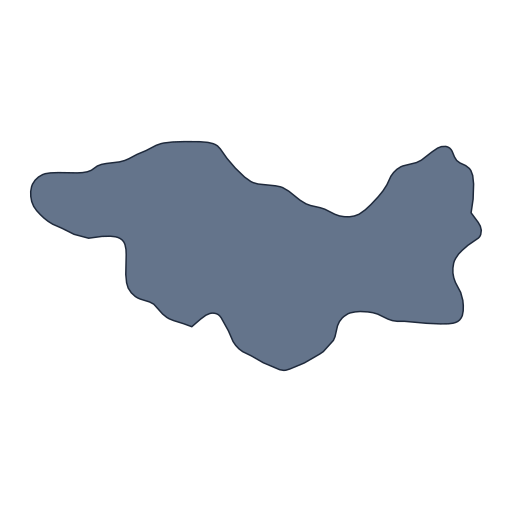 Los Alcarrizos, Santo Domingo, Dominican Republic (Albers equal-area conic projection)
{"feature_id": "3306468B82844411676159", "entity_name": "Los Alcarrizos", "entity_type": "district", "adm_level": 2, "iso_a3": "DOM", "parent_name": "Dominican Republic", "parent_adm1": "Santo Domingo", "projection": "albers", "projection_center": [-70.036, 18.529], "detail": "fine", "context": "isolated", "style": "filled", "palette": "slate", "viewbox_px": 512, "rotation_deg": 0, "n_neighbors": 0, "source": "geoboundaries", "source_scale": "gbopen_adm2", "svg_char_len": 2375}
<svg xmlns="http://www.w3.org/2000/svg" viewBox="0 0 512 512"><path d="M471.1,212.8L473.1,199.1L473.6,184.0L472.7,175.5L470.9,170.6L469.4,168.5L465.7,165.6L459.9,162.9L456.7,160.5L454.5,157.0L452.1,151.2L451.1,149.6L449.7,148.1L447.8,147.0L445.8,146.4L441.4,146.6L437.6,148.1L432.0,151.9L421.3,160.2L416.4,162.6L403.0,165.9L400.8,166.8L396.9,169.3L393.6,172.5L390.9,176.2L386.9,184.8L382.9,191.0L378.0,197.0L370.9,204.6L365.3,209.8L359.1,214.2L354.3,216.0L349.4,216.8L344.3,216.7L339.4,215.9L334.9,214.3L324.8,209.2L320.2,207.7L310.5,205.5L305.9,203.8L299.9,200.1L288.8,191.2L282.7,187.6L280.4,186.8L275.5,185.8L258.0,184.0L253.1,182.6L250.8,181.5L244.6,177.1L235.3,168.1L227.0,158.4L220.3,148.9L217.5,145.9L215.4,144.6L213.0,143.6L207.9,142.4L199.5,141.7L184.6,141.6L172.6,142.0L163.9,143.0L161.1,143.6L156.2,145.3L146.0,150.6L137.0,154.4L128.9,158.7L124.7,160.5L119.5,161.9L106.3,163.5L101.5,164.4L97.3,166.0L91.3,170.3L87.3,171.8L82.5,172.6L77.3,172.9L58.4,172.6L50.4,172.9L45.2,173.7L42.6,174.6L38.5,177.0L35.1,180.2L32.5,184.2L31.6,186.6L30.7,191.5L30.8,196.5L31.7,201.5L33.7,206.4L36.7,210.7L40.3,214.6L44.1,218.2L48.2,221.4L52.7,224.2L61.6,228.1L74.0,234.3L88.6,238.2L102.0,236.4L110.3,236.2L115.6,236.8L118.0,237.5L120.3,238.6L122.4,240.2L124.0,242.3L125.0,244.6L126.0,249.5L126.2,254.8L125.8,274.5L126.6,282.8L128.2,288.1L131.3,292.8L135.3,296.5L137.6,297.9L140.1,299.0L149.7,302.0L153.8,304.2L162.6,314.0L166.8,317.4L169.2,318.8L173.7,320.6L183.6,323.7L191.8,326.7L200.6,319.1L205.9,315.2L209.8,313.5L212.0,313.1L214.2,313.2L216.4,313.7L218.4,314.7L219.9,316.1L221.2,317.8L228.4,330.8L233.1,341.6L235.7,345.4L238.9,348.8L242.6,351.6L251.2,355.8L263.2,362.7L279.7,369.7L283.8,370.4L285.9,370.2L289.8,369.0L304.4,362.9L319.8,354.0L323.3,351.6L333.4,340.4L335.0,336.7L337.5,325.8L339.4,321.6L342.2,318.0L344.0,316.4L347.9,313.8L350.2,312.9L355.2,311.9L360.2,311.5L367.8,311.9L372.9,312.7L377.7,314.1L388.0,319.1L392.4,320.6L397.2,321.3L404.4,321.3L426.6,323.3L440.4,323.9L448.3,323.8L453.1,323.2L455.5,322.5L457.7,321.5L459.6,320.0L461.2,317.9L462.3,315.6L463.2,310.8L463.3,305.6L462.8,300.3L460.7,292.5L455.4,282.4L453.8,277.9L452.9,273.0L452.9,268.0L453.7,263.0L454.5,260.6L455.7,258.3L458.6,254.0L462.2,250.3L467.9,245.3L478.5,238.0L479.8,236.5L480.7,234.6L481.3,230.3L480.3,226.1L478.2,222.4L471.1,212.8Z" fill="#64748b" stroke="#1e293b" stroke-width="1.5"/></svg>